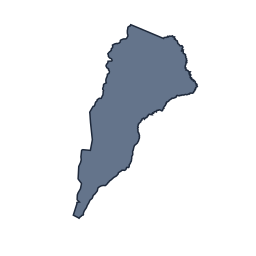 the district of Riachão das Neves, Bahia, Brazil, rotated 293°
{"feature_id": "56859067B88902373095284", "entity_name": "Riachão das Neves", "entity_type": "district", "adm_level": 2, "iso_a3": "BRA", "parent_name": "Brazil", "parent_adm1": "Bahia", "projection": "orthographic", "projection_center": [-45.234, -11.676], "detail": "fine", "context": "isolated", "style": "filled", "palette": "slate", "viewbox_px": 256, "rotation_deg": 293, "n_neighbors": 0, "source": "geoboundaries", "source_scale": "gbopen_adm2", "svg_char_len": 5950}
<svg xmlns="http://www.w3.org/2000/svg" viewBox="0 0 256 256"><g transform="rotate(293 128 128)"><path d="M30.3,120.7L30.9,120.8L31.5,120.4L32.3,120.2L33.9,120.1L35.2,120.2L38.2,120.8L39.9,120.8L40.8,120.7L43.4,121.1L46.6,121.2L47.1,121.4L48.6,122.2L49.3,122.5L50.4,122.5L52.2,122.3L53.7,122.9L54.0,123.2L57.6,124.2L58.2,124.3L60.1,123.9L60.9,123.8L61.5,123.9L62.9,124.8L64.6,126.3L65.7,128.2L66.0,129.4L66.5,129.9L67.0,130.1L67.6,130.2L68.8,130.9L69.9,130.9L70.9,131.5L71.8,131.6L72.4,131.8L72.8,132.3L73.3,132.6L74.1,132.8L74.6,133.2L76.9,134.2L79.4,136.1L81.9,136.9L82.9,136.6L84.1,137.3L84.8,137.8L85.2,138.3L86.2,138.6L86.8,139.0L87.1,139.9L87.5,140.5L87.6,141.3L88.1,141.8L88.6,142.1L89.2,142.3L89.6,142.2L90.5,142.3L91.0,142.1L91.5,142.5L91.7,143.8L92.0,144.1L92.4,144.1L93.6,144.0L94.7,143.5L96.0,143.9L97.3,143.9L97.7,143.7L98.0,143.9L98.6,144.0L99.3,143.9L100.4,143.5L101.2,143.4L103.4,142.5L104.4,142.8L105.6,142.7L108.2,141.4L108.7,141.3L109.2,141.5L109.9,141.4L112.5,140.9L114.4,140.8L114.9,141.0L115.3,141.3L117.9,142.5L119.2,142.5L120.2,142.7L121.3,142.5L122.2,142.4L122.6,142.5L123.7,142.3L124.0,142.0L124.5,141.7L124.9,141.8L125.4,141.6L125.8,141.3L126.9,140.3L127.5,140.1L127.5,139.7L128.4,138.6L129.1,138.5L129.7,138.0L130.2,137.9L130.7,137.7L131.0,137.3L131.4,137.0L131.9,137.0L132.4,137.2L133.0,136.4L133.6,136.5L135.6,136.0L136.0,136.4L136.5,136.4L137.0,136.4L137.8,136.9L138.8,137.4L139.7,137.1L140.2,137.3L140.5,137.7L141.5,137.3L142.2,138.1L142.6,138.1L143.1,138.4L143.1,138.8L142.9,139.4L142.6,139.7L143.5,140.0L144.0,140.0L144.4,140.6L144.9,140.7L145.1,141.2L145.9,141.4L146.6,141.2L147.2,141.8L147.6,141.5L147.9,141.8L148.9,142.0L149.1,142.6L149.1,143.3L149.4,143.8L149.4,144.3L149.6,144.9L149.9,144.4L150.3,144.7L151.5,144.8L151.5,145.8L152.1,145.8L153.3,145.9L153.9,146.8L153.9,147.9L154.5,147.8L154.8,147.5L155.6,147.8L156.4,149.4L156.9,149.5L157.1,150.1L157.1,151.2L156.9,152.1L157.1,152.7L157.7,153.0L158.3,152.7L159.0,152.8L160.0,153.4L160.3,153.0L160.8,152.7L161.9,153.1L162.7,153.1L163.1,153.5L164.4,153.5L164.9,153.3L165.3,153.7L165.9,153.6L166.4,153.3L166.8,153.7L167.3,153.6L167.7,154.2L168.3,154.7L169.1,155.1L169.8,155.1L170.5,155.7L170.9,155.9L172.0,156.8L172.6,156.8L173.3,158.4L173.7,158.8L174.3,159.1L174.6,159.8L175.1,159.9L175.4,160.3L175.9,160.3L176.4,160.1L176.9,160.2L177.3,160.6L177.3,161.6L177.6,162.0L177.6,162.6L178.0,163.0L178.5,163.2L178.5,163.8L178.8,164.3L179.3,164.5L179.5,165.1L179.9,165.5L180.1,166.6L180.5,166.8L181.2,167.6L181.5,168.1L181.5,168.9L182.2,169.9L183.1,170.6L183.2,171.3L183.7,171.5L184.2,171.4L184.5,171.8L185.3,173.9L185.9,174.2L186.2,174.5L187.1,174.2L187.4,174.5L187.9,174.5L188.5,174.9L188.9,174.7L189.3,174.8L189.6,174.5L189.8,174.9L190.3,175.0L190.6,174.8L191.1,174.9L191.7,174.5L192.2,174.8L192.7,175.3L193.4,175.6L194.1,174.7L194.2,174.2L194.8,174.6L195.1,174.3L194.8,173.8L195.4,173.6L195.6,172.8L195.9,172.4L196.3,172.1L196.7,172.0L197.1,171.4L197.4,170.8L197.3,170.2L196.9,169.9L197.3,169.7L197.8,169.6L197.7,169.0L198.0,168.6L197.5,168.2L197.5,167.6L198.2,167.6L198.4,167.1L198.4,166.6L199.0,166.7L199.0,166.3L198.5,166.0L198.8,165.5L199.8,165.2L200.9,165.2L200.8,164.4L201.2,164.5L201.6,164.6L201.5,163.5L202.2,163.5L202.8,163.6L202.8,163.2L202.5,162.8L203.0,162.6L203.9,163.0L203.5,162.0L203.7,161.5L204.1,161.1L204.3,160.6L204.1,160.1L204.4,159.5L204.1,158.7L204.7,158.6L205.2,158.1L205.9,157.8L205.6,157.2L207.2,156.5L208.2,156.3L208.6,156.5L209.6,156.2L210.6,156.2L211.0,155.8L211.3,156.4L211.7,155.9L212.8,155.4L212.8,155.9L213.3,155.8L213.5,155.3L214.0,154.9L214.6,154.9L215.0,154.3L215.1,153.9L215.4,153.5L216.5,153.3L216.8,152.8L217.3,152.4L218.0,152.2L218.0,151.8L218.3,151.3L218.3,150.1L218.5,149.6L219.3,149.3L220.5,148.7L220.5,148.2L219.9,147.6L219.7,147.2L220.1,147.0L220.7,147.3L221.5,148.1L221.6,147.4L221.9,146.8L222.4,146.7L222.9,147.0L223.6,147.1L224.1,146.8L224.1,146.3L224.8,145.7L224.8,145.3L224.2,144.4L224.0,143.7L224.6,142.8L224.9,142.2L225.1,141.3L225.3,140.7L225.9,140.5L226.3,140.2L226.5,139.8L227.1,139.6L227.5,139.2L227.4,138.0L228.4,136.8L228.0,136.5L228.0,135.9L230.1,135.3L229.9,134.8L229.6,134.4L229.4,134.0L229.9,133.6L230.2,132.8L229.3,131.9L228.8,130.2L228.3,129.7L227.7,129.7L227.5,129.3L227.8,128.6L227.2,128.4L226.6,128.3L226.3,127.8L226.1,127.1L225.4,125.9L224.3,125.8L224.2,90.9L224.1,90.1L223.5,90.3L223.0,90.3L222.9,89.9L222.5,89.6L221.9,89.3L221.2,88.7L220.5,88.6L218.7,89.1L217.5,89.3L215.6,90.1L214.3,90.8L213.9,91.3L213.4,91.6L212.5,92.0L210.1,91.7L209.3,91.3L208.8,90.5L208.5,89.6L208.0,88.8L206.3,87.1L205.8,86.8L205.3,86.8L204.8,86.9L204.4,87.2L203.9,87.2L202.8,86.7L201.9,85.6L201.5,85.2L201.4,84.5L200.3,83.0L198.8,81.7L198.2,81.3L197.6,81.8L196.1,82.4L195.7,82.3L194.6,81.7L193.9,81.8L193.2,82.3L192.7,82.3L192.3,81.9L191.5,81.7L191.0,81.3L189.7,80.8L189.1,80.7L188.6,80.4L188.2,80.6L187.9,81.0L187.0,81.7L186.3,81.9L185.8,82.7L185.3,83.7L185.2,85.7L185.0,86.1L183.9,87.0L183.3,86.8L182.9,86.3L182.2,84.5L181.6,83.5L181.0,83.8L179.7,83.9L178.3,83.4L177.0,83.4L176.5,83.5L175.9,84.3L175.3,84.8L175.1,85.4L175.0,86.8L174.6,87.2L173.9,87.2L173.7,87.6L173.6,88.0L173.3,88.4L172.4,89.0L171.2,89.1L170.6,89.0L169.4,88.0L167.8,88.6L165.1,88.6L164.2,88.7L162.9,89.1L161.9,89.7L161.5,89.9L161.1,90.4L159.2,88.8L158.7,88.6L158.0,88.6L156.7,89.2L155.2,89.2L154.1,89.4L153.7,89.7L153.2,90.6L152.8,90.9L151.6,90.9L151.2,91.2L149.6,91.7L149.2,91.8L148.6,92.0L147.4,91.8L144.8,91.8L144.1,89.9L141.9,88.6L141.4,88.8L140.2,88.7L139.5,88.2L138.5,88.1L136.5,88.4L135.4,88.4L134.9,88.3L134.2,87.4L127.6,86.6L126.0,87.5L118.3,91.4L103.2,99.8L92.7,102.1L90.4,94.9L89.9,94.3L89.2,94.1L83.1,95.9L80.4,97.4L77.6,97.8L73.3,97.7L61.8,101.9L61.4,102.3L59.2,106.2L58.9,106.7L58.3,107.0L53.4,108.0L48.9,107.4L46.6,107.5L42.6,109.0L42.2,109.2L41.9,109.6L40.9,112.2L39.5,110.1L38.2,110.6L26.4,111.7L26.0,117.2L25.8,118.2L27.0,118.5L28.8,119.5L29.3,119.6L29.7,119.8L30.3,120.7Z" fill="#64748b" stroke="#1e293b" stroke-width="1.5"/></g></svg>